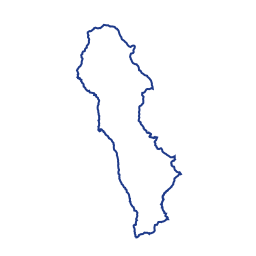 Cangallo, Ayacucho, Peru (Albers equal-area conic projection), rotated 62°
{"feature_id": "86281439B34026517933599", "entity_name": "Cangallo", "entity_type": "district", "adm_level": 2, "iso_a3": "PER", "parent_name": "Peru", "parent_adm1": "Ayacucho", "projection": "albers", "projection_center": [-74.468, -13.505], "detail": "fine", "context": "isolated", "style": "outline", "palette": "blue", "viewbox_px": 256, "rotation_deg": 62, "n_neighbors": 0, "source": "geoboundaries", "source_scale": "gbopen_adm2", "svg_char_len": 5919}
<svg xmlns="http://www.w3.org/2000/svg" viewBox="0 0 256 256"><g transform="rotate(62 128 128)"><path d="M89.1,88.5L87.6,89.0L85.7,90.1L83.6,90.0L82.9,90.3L82.8,90.7L82.2,91.1L79.6,90.1L77.9,90.0L76.6,90.5L75.8,90.5L74.9,91.8L73.1,93.1L71.3,93.3L69.5,93.0L68.6,93.2L67.8,92.8L66.2,92.8L64.7,91.6L63.7,90.5L64.2,88.4L63.6,87.3L62.1,86.9L61.2,85.9L60.4,84.5L59.2,83.7L58.7,83.7L58.0,84.1L57.6,84.9L57.4,86.0L57.7,87.7L56.2,88.9L54.1,89.4L52.2,89.4L50.5,90.2L49.3,90.4L46.9,91.7L46.1,91.7L44.7,91.2L43.7,91.5L41.0,91.4L37.8,90.7L36.5,90.8L36.0,91.2L35.2,91.1L34.2,92.1L32.5,92.3L30.8,94.4L30.1,96.0L29.8,96.0L29.4,96.6L28.0,97.3L27.4,98.6L25.6,100.9L26.3,102.8L26.3,103.6L26.6,104.2L26.8,105.7L26.2,106.4L26.1,107.3L25.7,108.1L24.1,109.7L24.0,111.3L24.7,112.0L24.6,113.0L25.1,114.7L25.0,115.7L24.5,116.2L24.4,116.6L24.6,118.6L25.6,119.2L27.7,119.4L27.8,119.9L29.1,120.7L30.9,120.5L31.8,120.8L32.7,121.7L34.2,122.3L35.5,123.9L36.0,125.6L36.4,126.1L37.7,126.6L37.7,127.7L38.2,128.9L39.7,129.9L39.7,130.9L39.4,131.6L39.5,132.0L40.2,133.0L41.2,133.5L41.4,134.7L42.1,135.3L43.0,135.4L43.9,135.9L45.3,135.5L45.7,135.7L47.0,137.1L48.0,138.0L49.2,138.5L50.2,139.7L50.5,140.5L51.1,141.1L51.2,142.7L52.4,144.6L52.4,145.0L53.3,146.1L54.1,146.0L56.9,146.4L57.2,146.7L57.2,147.3L59.0,147.9L59.3,148.6L59.6,148.3L60.1,148.7L60.5,148.8L60.8,148.5L61.2,147.2L61.7,147.2L62.3,147.7L63.5,146.5L64.6,147.4L65.1,147.1L66.4,147.4L67.0,147.0L68.2,146.7L69.2,146.9L69.6,147.3L70.0,147.3L70.6,147.7L71.2,147.3L71.9,147.3L72.6,146.9L73.4,147.1L74.2,147.1L74.9,146.6L75.7,146.6L76.6,146.0L76.9,144.8L78.6,145.1L81.4,141.6L81.9,141.6L83.0,142.5L83.3,142.1L83.3,141.1L83.8,140.7L85.3,141.4L87.3,140.4L88.5,140.8L89.8,140.5L90.5,140.7L92.4,142.6L93.2,142.7L94.3,144.3L95.8,145.3L97.2,145.9L98.7,146.1L100.5,147.0L101.3,147.0L102.5,147.7L104.0,147.7L104.4,148.2L107.1,149.5L107.4,150.5L108.2,150.4L108.7,150.8L110.4,151.2L110.9,151.7L112.4,152.4L112.8,153.5L113.7,153.6L114.2,154.1L115.1,154.3L115.7,155.1L117.5,154.7L117.6,153.9L116.7,153.7L116.2,152.9L116.6,152.2L117.1,151.9L118.4,151.7L119.2,151.1L120.2,151.4L120.8,150.8L123.0,150.9L123.3,150.6L123.8,150.7L125.9,149.5L126.8,149.7L127.5,149.4L128.1,149.7L129.7,148.6L131.2,148.1L132.4,148.3L134.4,147.8L135.7,148.5L136.5,148.4L138.1,149.5L140.1,150.3L141.0,150.4L142.4,149.8L144.7,149.6L145.9,150.0L146.7,150.6L148.3,150.8L152.0,151.9L153.2,152.7L154.3,152.9L155.0,153.4L155.5,153.4L155.9,154.0L157.2,154.6L159.5,155.5L160.2,155.4L161.1,155.8L161.8,156.8L162.4,157.0L162.9,157.5L164.1,157.9L164.9,157.4L165.5,157.5L166.9,158.6L167.8,158.8L168.7,159.5L169.4,159.4L171.4,159.7L173.5,159.6L174.5,159.9L175.9,159.3L178.4,159.4L179.5,158.6L181.0,159.0L181.6,158.4L182.3,158.4L184.0,159.2L185.2,158.6L187.1,158.4L190.9,159.6L191.3,159.4L192.1,160.0L192.9,160.2L193.6,160.9L194.5,160.5L194.9,160.9L197.0,161.2L198.5,160.9L199.2,161.0L200.7,160.2L201.9,160.6L202.4,160.5L203.8,161.2L205.1,159.7L207.3,159.5L208.6,160.6L210.0,161.0L211.6,162.7L212.2,163.6L213.6,163.4L213.7,164.0L214.0,164.5L215.7,165.8L216.9,166.2L217.2,166.8L216.5,167.8L216.8,168.8L218.2,169.4L219.5,169.4L220.6,169.7L221.7,170.3L222.2,170.8L223.5,170.9L223.9,171.3L224.7,171.6L225.9,171.6L226.9,172.3L227.5,172.3L228.2,171.6L228.6,171.8L228.8,171.2L228.6,169.8L228.4,169.2L227.9,169.0L227.6,168.4L227.9,166.8L227.8,166.2L228.3,165.7L228.6,164.1L228.1,162.8L228.2,162.3L228.9,161.6L229.4,160.3L230.3,159.5L231.5,159.0L231.0,158.3L231.7,157.5L232.0,154.8L231.8,153.8L231.2,152.6L228.4,151.5L226.3,149.8L226.5,148.9L227.1,147.8L225.3,145.3L226.1,143.5L226.8,142.7L226.7,142.1L227.2,140.4L227.1,138.1L226.6,137.1L227.3,135.6L226.4,135.7L226.1,135.1L225.7,135.1L225.5,135.6L224.8,135.3L224.1,135.9L223.1,136.3L221.7,134.8L221.6,135.1L221.1,135.0L220.2,135.7L220.0,135.4L219.6,135.5L218.9,135.3L218.6,135.6L218.2,135.5L216.6,135.7L214.7,135.1L214.3,135.4L214.0,134.7L213.7,134.7L213.6,134.9L213.1,134.6L212.7,134.7L212.0,134.5L211.6,134.1L211.1,134.5L211.0,134.2L210.5,134.0L210.6,133.5L209.3,132.6L209.2,132.0L208.7,131.7L208.1,130.5L207.8,130.7L207.4,130.1L206.8,130.3L206.4,129.9L205.8,130.2L204.5,129.5L204.5,129.2L204.1,128.9L204.3,128.6L203.7,127.8L203.7,127.5L203.0,127.1L202.9,126.5L202.5,126.4L202.3,126.0L202.6,125.0L201.9,124.2L201.6,123.4L202.0,122.9L201.8,122.0L201.3,121.6L200.9,119.1L200.3,117.6L200.4,117.3L200.0,117.0L199.4,115.4L198.8,114.3L198.1,114.0L197.1,112.9L196.7,112.2L196.0,111.5L194.9,111.1L194.3,110.5L194.3,109.6L193.8,108.2L193.8,106.6L192.9,104.7L193.1,104.1L193.6,103.4L193.6,102.9L191.3,103.2L191.2,104.0L189.5,105.6L188.5,105.7L187.1,106.3L185.7,106.1L184.5,105.6L183.8,105.5L182.8,106.7L181.5,107.1L180.7,106.5L180.3,106.4L179.9,106.6L178.6,105.9L178.2,104.9L178.0,103.5L178.5,103.0L178.0,102.1L177.9,101.2L176.7,101.2L176.4,100.8L175.0,100.1L175.1,100.5L174.8,100.9L174.7,102.5L173.8,104.2L171.6,105.2L170.1,106.2L168.6,106.7L167.8,107.4L165.7,108.4L164.8,108.6L163.3,108.1L161.6,108.2L161.3,108.6L161.2,110.5L160.2,111.7L159.2,111.5L158.6,111.9L157.6,111.5L155.9,112.1L154.7,111.1L154.2,111.0L153.3,111.2L152.7,111.0L152.1,109.9L152.0,109.1L150.0,106.7L149.6,107.1L149.7,108.0L148.5,108.4L148.5,109.0L149.1,109.6L149.0,110.0L148.3,110.3L148.0,111.1L147.1,111.7L146.5,112.8L146.1,113.1L145.6,113.1L144.8,111.8L144.9,111.3L144.4,110.6L144.1,110.5L142.9,111.1L142.3,111.9L141.7,111.9L141.7,112.8L140.9,113.5L139.6,113.4L139.1,113.1L137.9,113.6L137.2,114.2L136.7,114.1L135.7,114.4L135.0,113.9L132.4,114.2L130.9,114.8L129.1,114.6L128.9,114.2L126.7,115.2L126.1,114.9L124.0,113.0L122.6,112.8L121.1,111.4L119.1,110.9L118.3,110.0L117.3,109.3L115.9,108.8L114.6,108.1L114.2,107.3L114.3,105.5L113.6,104.5L113.4,103.2L113.0,102.7L110.6,101.4L109.5,101.1L107.8,99.6L105.5,100.1L103.7,98.9L104.2,97.9L104.1,96.3L102.6,93.8L102.6,92.7L103.8,90.7L103.8,88.7L105.0,87.7L102.8,86.9L101.2,86.8L99.9,86.0L96.7,85.4L95.3,85.8L94.7,85.7L91.7,86.8L90.9,86.6L89.1,88.5Z" fill="none" stroke="#1e3a8a" stroke-width="2"/></g></svg>